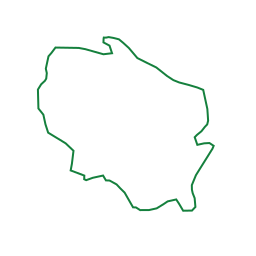 the district of Sirs Al-Layyana City, Al Minufiyah, Egypt, rotated 166°
{"feature_id": "37247803B52946313788554", "entity_name": "Sirs Al-Layyana City", "entity_type": "district", "adm_level": 2, "iso_a3": "EGY", "parent_name": "Egypt", "parent_adm1": "Al Minufiyah", "projection": "robinson", "projection_center": [30.97, 30.445], "detail": "fine", "context": "isolated", "style": "outline", "palette": "green", "viewbox_px": 256, "rotation_deg": 166, "n_neighbors": 0, "source": "geoboundaries", "source_scale": "gbopen_adm2", "svg_char_len": 1138}
<svg xmlns="http://www.w3.org/2000/svg" viewBox="0 0 256 256"><g transform="rotate(166 128 128)"><path d="M182.9,88.9L181.2,87.5L174.2,88.2L163.7,87.9L162.1,82.5L158.6,81.5L152.7,76.0L150.2,71.5L146.9,66.1L142.3,49.8L139.5,49.0L136.1,45.4L127.5,43.3L119.6,43.1L111.7,45.6L107.3,47.2L98.5,47.0L96.9,42.5L94.5,34.4L85.9,32.4L81.7,35.1L80.3,43.8L81.0,49.1L80.9,52.7L79.9,57.1L73.5,65.8L67.2,71.9L61.9,77.0L56.5,82.2L52.9,85.7L51.1,87.4L49.2,90.0L52.6,93.7L57.8,94.7L64.8,94.9L65.5,102.9L62.8,104.6L57.5,107.1L53.0,110.6L50.3,112.3L48.5,115.7L47.5,121.1L46.4,127.3L45.8,146.8L50.9,150.5L58.7,155.1L67.3,159.8L72.4,163.5L77.5,169.0L85.9,179.9L93.5,186.3L102.0,193.6L107.8,205.4L112.0,211.7L115.3,216.2L117.1,217.2L120.5,219.0L124.8,220.9L127.4,221.0L129.6,221.6L130.1,220.5L131.1,217.0L126.0,212.4L125.4,204.4L134.0,205.5L150.3,214.8L156.4,217.6L178.9,223.6L184.2,219.3L187.8,216.8L193.4,205.4L193.5,200.9L195.4,195.7L197.2,193.9L201.7,191.4L206.1,187.1L210.2,168.6L206.9,161.4L207.1,154.8L207.2,151.6L206.6,142.8L192.2,128.2L186.4,119.1L191.1,106.8L193.9,100.7L181.9,92.4L182.9,88.9Z" fill="none" stroke="#15803d" stroke-width="2"/></g></svg>